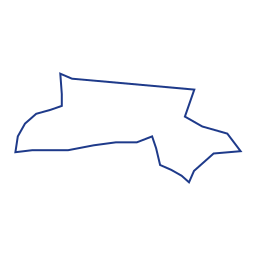 the state/province of Canillo
{"feature_id": "AND-4879", "entity_name": "Canillo", "entity_type": "state/province", "adm_level": 1, "iso_a3": "AND", "parent_name": "Andorra", "parent_adm1": "", "projection": "robinson", "projection_center": [1.655, 42.581], "detail": "fine", "context": "isolated", "style": "outline", "palette": "blue", "viewbox_px": 256, "rotation_deg": 0, "n_neighbors": 0, "source": "natural_earth", "source_scale": "10m", "svg_char_len": 468}
<svg xmlns="http://www.w3.org/2000/svg" viewBox="0 0 256 256"><path d="M60.3,73.7L72.0,78.7L194.3,89.6L184.9,116.6L202.3,126.5L227.3,133.6L236.4,145.6L240.6,151.2L213.6,153.5L194.0,170.9L189.0,182.3L181.7,175.8L171.3,169.9L160.1,165.0L156.1,148.2L152.1,136.4L136.9,142.3L116.1,142.3L93.7,145.3L68.1,150.2L47.4,150.2L32.2,150.2L15.4,152.2L17.8,136.4L25.0,123.6L36.2,113.8L50.6,109.8L61.8,105.9L61.8,94.1L60.3,73.7Z" fill="none" stroke="#1e3a8a" stroke-width="2"/></svg>